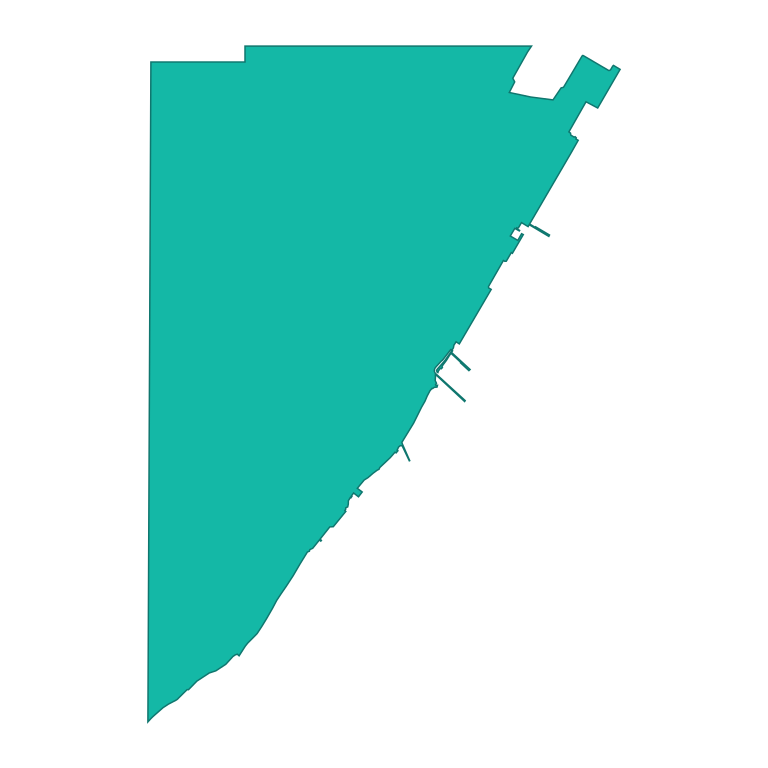 outline of 93, Al Wakrah, Qatar
{"feature_id": "91078587B9146513397895", "entity_name": "93", "entity_type": "district", "adm_level": 2, "iso_a3": "QAT", "parent_name": "Qatar", "parent_adm1": "Al Wakrah", "projection": "mercator", "projection_center": [51.563, 24.915], "detail": "fine", "context": "isolated", "style": "filled", "palette": "teal", "viewbox_px": 768, "rotation_deg": 0, "n_neighbors": 0, "source": "geoboundaries", "source_scale": "gbopen_adm2", "svg_char_len": 2438}
<svg xmlns="http://www.w3.org/2000/svg" viewBox="0 0 768 768"><path d="M147.9,721.9L150.6,718.9L152.5,717.0L154.6,715.1L159.5,710.8L163.0,707.7L168.3,704.2L170.8,702.9L176.5,699.9L177.7,699.0L178.2,698.4L187.1,689.6L188.5,689.7L196.9,681.1L209.2,673.0L215.9,670.8L225.9,664.2L232.9,656.5L235.4,654.8L237.3,654.2L239.1,655.8L245.3,646.1L247.8,643.0L253.3,637.5L257.1,633.6L261.9,626.3L266.6,618.6L272.3,608.7L276.7,600.4L280.8,594.2L286.3,586.2L293.1,575.8L300.0,564.0L307.4,552.0L309.4,551.2L309.8,549.6L312.7,548.3L319.4,540.0L320.8,541.1L321.4,540.4L320.1,539.1L329.8,526.9L333.3,526.7L345.8,511.4L344.8,510.6L345.7,509.3L345.7,507.8L347.7,506.9L348.3,504.1L348.4,500.7L350.4,497.4L350.9,497.8L351.9,496.4L351.4,496.0L353.6,493.0L358.5,496.8L362.2,492.0L357.3,488.3L364.2,480.0L367.9,477.7L373.0,473.3L377.3,470.1L379.0,469.3L379.8,467.5L390.2,457.7L392.5,455.1L395.0,452.2L396.1,452.9L397.9,450.8L397.1,450.2L398.6,447.0L400.2,445.7L402.1,445.7L409.3,460.8L409.7,460.6L402.3,443.8L401.9,442.3L413.6,423.2L421.5,407.3L425.0,401.2L427.2,396.0L430.0,390.7L432.0,388.4L432.5,388.6L434.4,387.3L437.0,387.1L437.5,385.3L436.0,385.4L435.5,384.7L436.5,383.3L435.2,380.6L435.5,375.8L435.2,375.0L435.6,374.5L464.6,401.5L465.2,400.6L435.2,373.2L434.3,371.2L434.4,369.8L434.9,368.3L436.2,366.6L441.4,361.0L442.5,360.2L450.8,349.5L451.5,349.7L451.8,350.9L444.5,361.0L437.4,369.0L436.5,370.4L437.2,372.3L437.9,372.6L438.4,371.0L440.2,368.5L440.8,368.3L441.3,368.7L442.4,367.6L442.1,367.1L442.1,366.4L443.0,364.9L446.4,360.4L449.4,355.5L451.0,353.3L460.9,362.5L460.6,362.9L468.9,370.6L470.1,369.5L451.5,352.4L452.6,350.8L452.3,349.5L453.4,347.9L453.9,345.2L456.1,341.8L459.3,343.9L491.2,289.4L488.6,287.9L488.5,286.5L503.4,260.5L504.8,261.3L506.3,261.2L511.3,252.6L512.4,253.3L523.3,234.6L521.6,233.7L517.8,240.4L510.3,236.0L514.8,228.4L519.3,230.9L519.6,230.4L516.3,228.4L516.7,227.8L517.5,228.3L518.5,227.7L521.5,222.6L528.1,226.6L529.2,224.7L548.8,236.4L549.5,235.0L535.6,226.8L535.3,227.4L529.6,224.0L571.3,152.5L578.2,140.3L575.9,139.0L576.3,137.9L575.1,136.7L574.1,137.1L570.8,135.1L570.5,133.1L568.9,131.9L586.0,101.8L597.7,108.0L620.1,69.4L613.5,65.4L612.7,66.1L610.5,69.9L609.6,70.4L608.7,70.5L583.3,55.6L582.6,55.5L582.0,56.1L573.5,70.5L563.5,87.3L561.1,87.9L553.0,99.9L530.6,97.0L509.3,92.5L514.7,81.9L512.8,78.2L527.6,51.9L531.5,46.1L245.0,46.1L245.0,62.0L150.9,62.0L147.9,721.9Z" fill="#14b8a6" stroke="#0f766e" stroke-width="1.5"/></svg>